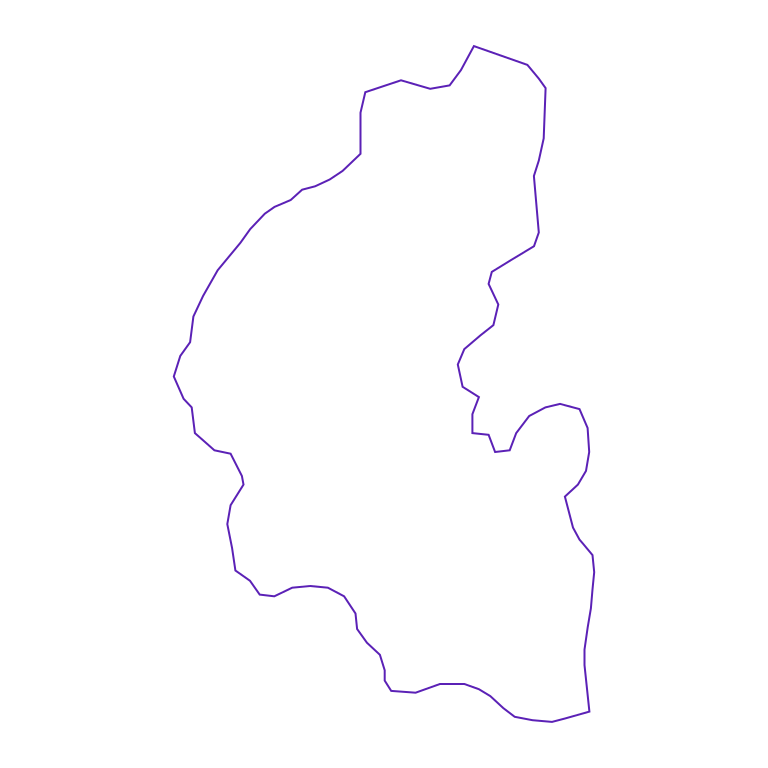 the district of Yeongju-si, North Gyeongsang, South Korea
{"feature_id": "91817680B73468767289539", "entity_name": "Yeongju-si", "entity_type": "district", "adm_level": 2, "iso_a3": "KOR", "parent_name": "South Korea", "parent_adm1": "North Gyeongsang", "projection": "equal_earth", "projection_center": [128.61, 36.874], "detail": "fine", "context": "isolated", "style": "outline", "palette": "violet", "viewbox_px": 768, "rotation_deg": 0, "n_neighbors": 0, "source": "geoboundaries", "source_scale": "gbopen_adm2", "svg_char_len": 1365}
<svg xmlns="http://www.w3.org/2000/svg" viewBox="0 0 768 768"><path d="M473.9,46.1L461.0,70.0L449.6,85.4L430.2,88.8L401.0,80.3L365.3,92.2L360.5,112.7L360.5,135.0L360.5,153.8L342.6,170.9L329.7,179.5L315.1,186.3L302.1,189.7L290.7,200.0L274.5,206.9L264.8,213.7L250.2,229.1L240.4,242.8L217.7,270.2L203.1,295.9L193.4,316.5L190.1,342.2L180.3,355.9L173.8,376.5L183.6,398.8L191.7,407.4L194.9,433.1L214.4,450.3L230.6,453.7L241.9,476.0L243.5,484.6L230.6,505.2L227.3,524.1L232.1,548.2L235.4,570.5L250.0,580.8L259.7,594.6L274.3,596.3L292.2,587.7L310.1,586.0L327.9,587.7L344.1,596.3L355.5,613.5L357.1,629.0L366.9,642.7L379.9,654.8L384.7,670.3L384.7,680.6L391.2,690.9L415.6,692.7L439.9,684.0L464.3,684.0L478.9,689.2L490.3,696.1L503.3,708.1L514.7,716.8L532.5,720.2L552.0,721.9L565.0,718.5L589.4,711.6L584.5,665.1L584.5,649.6L587.7,627.3L590.9,608.3L592.5,589.4L594.2,572.2L592.5,555.1L582.5,543.1L579.5,539.6L573.0,527.6L564.9,496.6L577.9,484.6L586.0,470.9L589.2,452.0L587.6,428.0L579.5,409.1L560.0,403.9L545.4,407.4L529.2,416.0L516.2,433.1L509.7,450.3L495.1,452.0L488.6,434.8L472.4,433.1L472.4,414.2L478.9,397.1L462.6,386.8L457.8,364.5L464.3,349.1L480.5,335.3L493.4,325.1L498.3,304.5L488.6,283.9L491.8,271.9L511.3,259.9L534.0,246.2L538.8,232.5L533.9,176.0L538.8,160.6L543.7,138.4L545.6,88.1L538.8,78.6L527.4,64.9L473.9,46.1Z" fill="none" stroke="#5b21b6" stroke-width="2"/></svg>